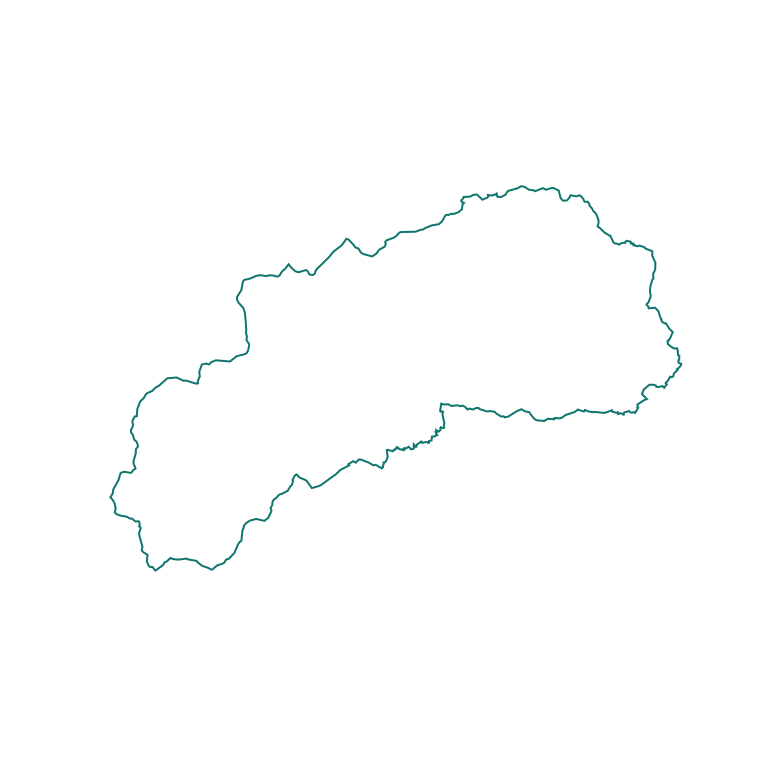 Bistrita Bargaului, Bistrita-Nasaud, Romania (Albers equal-area conic projection), rotated 146°
{"feature_id": "2599482B60435761683359", "entity_name": "Bistrita Bargaului", "entity_type": "district", "adm_level": 2, "iso_a3": "ROU", "parent_name": "Romania", "parent_adm1": "Bistrita-Nasaud", "projection": "albers", "projection_center": [24.898, 47.159], "detail": "fine", "context": "isolated", "style": "outline", "palette": "teal", "viewbox_px": 768, "rotation_deg": 146, "n_neighbors": 0, "source": "geoboundaries", "source_scale": "gbopen_adm2", "svg_char_len": 6150}
<svg xmlns="http://www.w3.org/2000/svg" viewBox="0 0 768 768"><g transform="rotate(146 384 384)"><path d="M459.1,532.5L458.1,525.9L459.3,521.3L464.5,511.7L468.5,505.0L469.5,504.2L471.2,499.8L473.4,497.5L473.5,492.5L474.6,490.9L477.9,487.8L480.6,486.4L482.8,486.6L490.6,489.4L499.1,488.8L510.2,497.7L514.8,498.7L518.2,498.1L520.0,500.4L524.1,502.0L529.4,498.1L530.7,496.9L532.4,493.4L537.1,490.2L537.8,488.5L538.3,488.6L540.0,489.8L546.1,497.5L548.3,498.7L552.3,505.4L560.5,509.9L571.8,508.4L575.2,508.8L579.9,507.9L586.5,508.9L590.9,506.7L595.9,505.8L602.5,501.2L607.0,495.5L608.7,496.4L611.9,494.9L613.6,493.6L614.8,490.6L617.4,488.3L619.5,487.5L620.3,486.2L620.8,484.7L620.6,482.4L622.2,477.4L621.4,474.2L622.7,469.8L626.2,468.7L628.6,465.3L635.1,459.8L636.1,457.9L637.3,452.8L640.0,452.9L642.4,451.9L643.8,452.0L648.3,456.4L651.5,457.5L652.4,457.3L657.6,453.0L667.5,447.9L670.2,444.9L674.2,443.1L673.7,439.7L674.1,435.6L676.4,430.3L679.0,428.2L678.9,426.8L678.0,424.8L674.4,420.4L671.8,418.4L669.7,414.3L668.3,413.6L666.9,409.0L664.2,407.4L664.0,406.8L665.1,403.9L666.7,402.9L666.0,401.4L666.5,400.4L670.3,397.5L671.7,394.8L675.3,384.1L677.8,381.6L677.7,379.4L675.6,374.6L679.9,369.4L680.7,365.4L680.4,363.4L678.1,361.5L678.1,358.7L677.7,357.1L668.0,357.5L665.7,358.8L663.7,358.3L658.3,359.2L657.0,357.0L652.8,353.5L645.1,349.5L644.3,347.9L638.4,342.3L638.1,339.8L636.3,334.7L632.5,329.8L631.2,327.0L630.1,326.2L623.5,326.9L619.3,325.5L616.2,325.2L613.2,326.7L610.2,325.9L602.5,327.6L595.0,332.5L592.1,333.7L589.9,333.8L582.9,342.1L580.6,343.3L579.8,344.7L576.3,345.8L571.4,345.7L565.5,343.6L559.6,337.4L554.8,337.8L548.7,341.4L547.8,342.5L547.6,344.4L544.0,346.4L542.6,348.5L539.7,349.9L537.6,349.7L532.7,350.9L529.8,350.0L523.5,349.3L519.0,351.5L516.9,351.8L513.8,354.3L513.6,355.5L509.6,357.8L507.3,358.1L506.8,356.8L506.5,354.0L502.7,348.1L502.3,346.5L502.0,338.1L494.8,335.7L492.7,335.5L474.3,336.1L467.9,337.2L458.4,336.0L458.4,337.4L452.7,337.3L451.3,334.5L447.4,335.6L445.4,334.3L440.7,327.5L438.2,322.4L436.7,322.0L435.0,319.9L434.4,317.6L433.4,316.7L433.2,315.3L431.6,315.4L430.6,316.8L428.6,318.1L428.4,319.1L427.2,318.6L425.5,318.9L421.8,321.4L418.7,327.6L418.0,327.6L414.1,323.2L412.8,323.9L411.7,323.3L410.6,324.1L408.9,323.0L408.5,324.3L408.0,323.6L407.6,321.4L404.7,318.2L404.3,319.4L402.8,319.5L402.4,318.3L398.7,318.2L398.3,316.9L398.2,314.8L395.6,313.7L393.1,317.2L392.8,314.0L392.0,314.0L390.9,315.3L385.2,315.5L385.3,313.8L382.1,312.7L380.1,311.2L380.4,310.8L379.7,310.1L378.6,311.6L376.2,310.6L373.6,313.6L371.0,312.1L369.8,312.5L368.6,311.9L368.2,315.1L367.4,314.6L366.5,316.6L365.3,314.0L363.0,314.2L361.7,316.2L361.1,316.4L360.3,314.8L358.6,314.1L358.2,314.4L357.5,316.4L356.0,317.5L352.5,326.2L350.6,327.9L351.9,329.6L352.5,329.5L352.6,330.2L347.5,335.7L345.8,333.5L342.0,331.2L340.4,328.1L335.1,325.3L332.8,322.7L331.1,322.3L329.6,319.6L329.1,316.2L327.4,316.1L324.2,313.0L321.1,312.6L318.9,311.1L318.9,309.9L314.0,303.7L310.9,302.0L307.9,299.2L307.3,296.5L305.1,291.6L302.8,290.2L302.6,288.9L299.3,287.5L289.1,287.2L284.1,286.2L282.5,282.6L279.2,279.3L279.5,277.6L278.9,271.2L277.9,268.8L274.2,265.5L273.2,265.2L272.3,263.8L267.5,263.5L262.6,259.6L262.1,260.4L260.5,259.8L258.2,257.6L255.4,256.5L250.9,256.8L241.4,254.1L237.6,254.4L234.1,249.9L233.3,249.4L231.9,250.1L230.0,247.1L226.2,243.5L225.1,243.2L218.2,237.4L216.7,236.5L209.7,234.7L210.3,233.6L207.6,230.2L205.9,230.0L205.7,229.5L206.7,228.2L203.7,227.1L202.5,224.6L200.7,226.1L195.9,224.5L195.7,223.0L194.7,221.7L192.6,221.0L192.1,219.6L186.6,222.1L187.0,223.0L186.2,223.4L185.4,225.3L177.0,225.1L174.5,224.5L175.8,231.4L171.6,234.2L164.4,235.0L160.4,232.2L159.4,230.3L159.8,229.4L158.1,227.9L154.4,226.7L153.9,224.2L149.7,225.6L150.2,226.8L149.8,227.4L146.8,228.0L142.6,230.1L141.6,228.7L139.8,228.7L138.0,230.5L133.2,231.4L132.3,231.9L132.6,232.5L129.5,232.7L126.6,234.0L126.3,234.5L127.9,236.8L126.7,239.1L125.7,239.1L123.4,242.3L124.1,243.5L122.3,246.5L121.0,249.6L123.6,251.2L125.3,254.6L126.3,258.3L125.1,260.9L123.8,260.7L123.4,261.5L121.8,261.6L115.6,265.5L116.6,270.4L116.3,276.6L117.4,277.4L118.6,279.7L118.2,282.6L117.8,282.6L117.6,285.1L115.9,290.5L116.0,292.5L116.7,295.7L122.3,298.7L121.5,300.4L122.1,302.9L121.1,303.6L119.0,303.7L113.7,307.7L111.1,313.1L107.8,316.7L103.1,320.5L101.8,320.7L99.3,324.8L95.2,327.2L91.2,332.8L89.8,340.5L87.3,344.0L91.6,350.3L91.4,351.5L94.8,355.9L96.9,356.5L98.3,357.9L98.5,359.1L99.5,359.4L99.6,359.9L98.9,360.2L98.7,361.1L100.6,362.1L100.7,362.7L99.9,363.9L102.6,367.0L104.7,366.8L105.0,366.2L108.0,368.0L111.0,368.0L112.3,370.1L113.5,370.8L114.6,372.9L113.5,380.5L114.1,380.9L116.6,386.5L117.7,392.1L118.8,395.2L115.6,398.0L114.1,401.1L113.1,406.0L113.2,408.6L113.8,410.0L113.4,413.3L113.8,416.6L113.0,420.3L113.2,421.1L115.6,422.7L115.8,423.4L115.3,426.1L115.7,430.0L117.2,431.6L119.2,431.7L123.8,436.1L126.7,434.6L129.3,434.0L130.5,434.2L132.8,435.7L133.5,437.4L133.5,439.7L131.0,446.6L133.8,451.5L135.0,452.6L141.1,454.5L142.7,457.5L150.9,459.3L151.3,460.5L155.2,464.0L157.3,469.0L159.8,471.3L163.9,471.6L173.3,474.7L177.6,473.0L182.3,473.5L185.3,475.9L184.1,478.9L186.1,478.7L187.0,479.5L189.1,479.8L192.2,482.6L192.7,481.1L194.3,480.8L199.3,481.7L201.1,489.3L204.4,490.9L208.0,491.2L213.4,494.6L214.1,493.7L217.3,493.0L217.8,491.5L216.4,489.4L218.5,488.9L221.7,485.3L226.2,484.8L230.7,485.8L233.5,487.7L235.9,488.0L237.2,489.1L238.8,489.4L245.0,486.4L249.2,485.8L255.2,488.6L263.1,490.4L265.0,490.1L267.5,491.4L272.7,492.6L284.8,500.4L286.7,500.9L291.4,499.8L294.3,499.9L301.8,501.7L303.6,501.1L304.3,499.0L306.5,497.5L313.0,498.0L315.6,497.2L316.4,496.4L322.5,496.4L328.3,503.1L329.1,504.6L329.6,506.0L329.5,510.5L331.4,513.4L331.4,516.3L332.6,523.6L334.1,525.4L341.2,522.7L352.4,521.9L358.8,519.9L375.5,516.8L377.7,515.9L379.4,514.3L381.9,514.1L384.2,515.9L384.5,517.4L384.2,520.4L385.0,522.1L392.5,524.5L394.5,527.2L395.9,532.7L396.1,536.6L402.2,534.6L405.4,534.4L409.9,532.4L411.9,532.4L414.0,534.2L414.8,535.7L418.6,538.4L421.1,539.1L425.3,543.1L429.4,545.1L435.7,546.2L441.6,548.4L443.7,547.8L449.8,541.6L457.4,538.2L458.7,536.0L459.1,532.5Z" fill="none" stroke="#0f766e" stroke-width="2"/></g></svg>